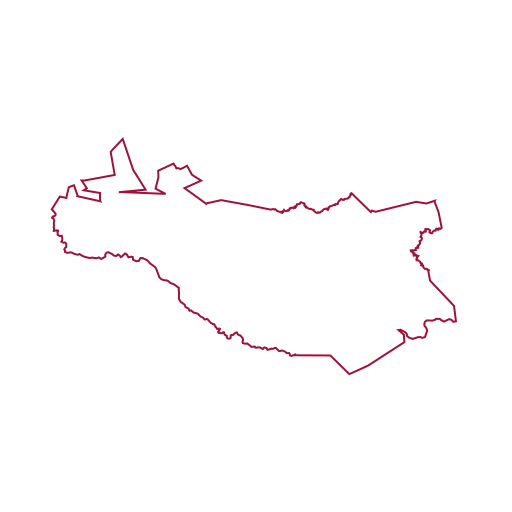 the district of Topia, Durango, Mexico, rotated 193°
{"feature_id": "50627088B76672031961414", "entity_name": "Topia", "entity_type": "district", "adm_level": 2, "iso_a3": "MEX", "parent_name": "Mexico", "parent_adm1": "Durango", "projection": "orthographic", "projection_center": [-106.735, 25.251], "detail": "fine", "context": "isolated", "style": "outline", "palette": "rose", "viewbox_px": 512, "rotation_deg": 193, "n_neighbors": 0, "source": "geoboundaries", "source_scale": "gbopen_adm2", "svg_char_len": 6051}
<svg xmlns="http://www.w3.org/2000/svg" viewBox="0 0 512 512"><g transform="rotate(193 256 256)"><path d="M177.1,338.7L177.9,337.9L177.4,336.7L177.9,336.3L178.1,334.2L178.9,334.1L179.3,332.9L179.8,332.5L182.7,331.4L182.9,330.5L184.0,330.2L184.7,330.3L185.7,330.8L186.2,330.5L186.4,329.8L187.7,327.8L188.1,326.6L188.0,325.2L188.9,324.7L190.1,324.6L190.5,324.4L190.5,323.4L192.2,322.9L193.2,322.1L194.9,321.2L195.4,320.3L196.2,319.9L195.9,318.5L196.2,317.1L196.8,317.0L197.0,317.2L196.9,317.9L198.0,318.2L198.9,317.6L199.9,317.3L201.3,315.7L201.5,314.6L202.6,314.0L203.2,313.0L203.7,312.6L204.5,312.7L204.6,312.3L205.7,312.3L205.9,311.8L206.2,311.6L207.7,312.0L209.0,312.8L209.9,313.1L210.1,313.2L210.1,313.9L210.3,314.0L211.7,313.9L213.5,314.3L214.3,313.9L215.9,314.1L216.8,314.7L217.9,314.4L218.4,314.7L218.2,315.4L218.3,315.6L219.5,315.6L220.1,315.9L220.3,316.2L220.2,317.2L220.6,318.0L221.1,318.2L222.0,317.9L224.1,318.6L224.4,318.5L224.9,317.8L224.9,317.1L225.2,316.6L227.9,315.5L227.6,314.2L229.1,313.2L228.3,312.3L228.5,311.8L229.3,311.5L229.8,311.8L230.1,311.8L230.2,311.0L231.3,311.3L233.0,310.8L232.9,310.1L234.0,309.8L234.0,308.1L234.4,307.5L235.3,307.8L235.8,307.0L236.2,307.0L236.5,306.6L237.0,306.5L238.4,306.6L239.0,307.1L239.1,306.5L239.8,306.1L239.9,305.6L239.4,304.9L240.1,303.9L240.7,303.9L240.6,304.5L241.0,304.8L243.3,304.3L245.6,304.7L246.5,305.2L246.7,305.5L247.9,305.9L248.2,305.5L248.5,305.4L249.9,305.6L252.1,304.5L275.0,303.9L302.5,302.6L315.8,296.3L316.1,295.6L340.9,306.1L326.4,317.1L336.6,320.7L343.5,328.4L349.0,323.7L351.4,324.1L352.3,324.0L353.2,323.5L353.7,323.8L354.9,325.6L356.0,326.1L356.7,327.2L357.1,327.5L370.5,317.1L368.8,310.8L369.0,299.0L358.1,296.2L401.0,288.1L404.0,287.3L378.5,295.8L395.0,312.2L412.2,340.1L419.8,327.2L421.0,324.7L411.9,303.2L440.3,290.9L442.9,290.4L436.1,284.0L438.6,281.3L422.2,282.3L420.3,274.6L420.0,274.3L443.3,274.1L443.2,274.3L449.3,284.0L453.9,280.9L453.9,269.9L460.5,269.8L465.5,255.5L464.4,255.0L463.6,254.1L462.5,253.6L461.8,252.7L460.8,252.2L460.6,250.4L461.4,249.6L462.7,248.9L463.3,247.4L462.1,247.2L460.8,245.8L460.5,244.7L460.4,242.4L459.6,240.3L459.7,238.5L459.0,237.6L458.7,235.0L456.9,235.7L456.4,236.1L454.8,236.3L454.3,235.9L454.9,234.7L454.5,234.2L454.1,232.1L451.9,231.3L449.8,232.0L448.8,229.8L448.3,228.0L448.9,226.2L446.7,225.6L445.4,226.3L443.7,225.4L442.9,222.1L443.8,221.1L444.3,219.3L443.1,218.1L443.0,217.0L440.6,216.6L437.3,217.9L436.0,217.9L434.1,217.3L431.1,217.1L429.4,217.3L428.4,218.2L425.3,217.1L422.3,216.6L417.4,216.6L415.2,217.7L413.6,217.6L410.8,218.0L408.8,219.3L406.2,218.3L402.7,221.4L403.2,223.4L402.4,225.6L400.8,226.5L396.4,225.4L394.5,224.4L392.0,224.6L390.9,226.4L389.2,226.0L388.3,225.3L387.7,224.5L386.3,225.5L385.7,226.9L384.6,228.1L384.6,228.7L383.2,229.0L381.9,228.1L380.0,226.0L377.4,227.3L375.8,227.2L374.9,224.7L371.6,224.0L369.1,224.8L368.1,228.1L365.8,228.4L361.1,227.4L358.5,225.6L356.8,224.6L351.9,222.6L350.1,220.7L345.2,213.3L343.0,212.1L340.0,211.7L337.5,212.2L335.3,211.6L333.2,210.4L329.6,210.0L323.9,207.5L323.7,205.4L322.9,203.8L321.5,197.0L319.2,194.4L314.6,192.6L313.1,190.3L309.9,189.6L308.5,187.7L307.0,188.4L304.3,186.9L299.7,186.7L296.7,184.7L293.7,184.0L291.9,182.6L291.2,182.7L289.9,183.6L289.0,183.5L285.3,180.8L284.1,180.5L282.8,179.9L281.8,180.2L281.1,179.9L281.0,179.5L279.8,178.4L279.5,177.8L278.6,177.4L277.5,176.2L276.4,176.2L275.4,176.8L275.4,177.0L274.8,176.9L274.9,175.3L275.9,173.5L275.4,172.9L274.6,172.7L271.6,173.1L270.7,174.4L270.1,174.5L269.0,172.6L268.3,172.1L266.5,171.7L266.2,170.2L265.4,169.4L264.0,169.3L263.2,169.5L262.5,170.2L262.3,170.8L262.7,172.5L262.3,173.5L260.6,173.9L260.2,174.3L260.1,174.9L258.4,176.8L257.7,177.2L257.2,177.0L256.7,176.2L255.9,175.5L254.8,175.1L253.3,175.0L250.4,172.8L249.9,171.7L249.7,170.9L249.9,169.8L249.7,168.9L249.3,168.2L247.1,168.1L245.7,168.4L245.0,168.8L241.9,167.5L240.6,166.7L240.0,166.5L239.4,166.5L237.4,167.4L236.7,167.4L236.1,166.6L235.3,166.6L233.7,167.4L231.7,167.8L228.4,166.9L228.1,167.3L227.7,168.4L227.1,168.8L225.0,168.7L224.6,168.0L223.7,167.2L221.0,168.5L220.3,169.2L219.3,169.1L218.2,169.7L217.1,170.6L216.0,170.9L212.2,168.6L211.1,168.7L210.1,169.6L208.4,169.8L206.0,169.3L204.2,168.3L203.5,168.4L202.0,168.9L201.1,168.2L200.5,166.8L199.0,166.6L196.2,168.4L196.3,167.9L161.2,175.8L138.5,161.9L122.3,174.3L92.1,205.4L94.2,212.5L100.5,215.9L98.5,216.7L93.6,215.3L92.7,214.9L91.9,214.2L91.2,213.3L91.0,212.2L88.9,211.0L84.8,210.4L80.0,213.3L77.6,214.0L75.7,213.6L73.1,215.1L72.4,221.5L73.7,224.0L75.8,225.7L76.5,226.6L76.7,228.0L76.6,229.5L76.3,230.3L75.1,231.7L69.7,232.7L67.2,234.1L66.7,235.2L62.7,236.1L61.1,235.1L58.0,234.4L53.7,237.9L51.3,237.8L48.9,236.3L46.5,237.3L51.8,251.9L80.9,271.2L84.7,280.0L84.4,281.2L84.8,281.3L85.3,281.0L85.9,281.1L86.4,281.8L87.1,281.9L88.4,281.4L90.3,282.5L91.1,284.4L92.0,284.5L92.2,284.0L93.0,284.1L92.9,284.7L92.4,285.2L92.6,286.0L93.8,285.9L94.2,286.2L94.3,286.9L94.7,287.3L95.7,287.6L96.6,288.2L97.3,288.3L97.9,288.0L98.6,288.0L98.8,288.2L99.0,289.3L98.6,290.2L99.1,290.9L98.2,291.8L97.9,292.7L98.4,292.8L99.0,292.5L99.2,292.2L100.1,292.4L100.5,293.0L100.9,292.9L102.2,291.8L102.6,292.2L102.6,292.6L102.2,293.3L101.9,293.4L102.0,294.0L103.2,293.8L103.4,294.0L103.2,294.7L103.4,295.0L105.8,295.2L106.3,295.8L106.5,296.3L101.6,297.7L102.1,299.6L101.2,300.6L100.1,300.2L99.8,300.5L99.9,301.4L100.6,302.1L100.7,302.6L99.7,303.3L98.9,305.5L100.0,307.1L99.7,307.6L99.0,308.0L98.5,308.6L98.2,310.1L98.6,311.0L100.0,311.6L99.5,312.9L99.5,313.9L100.0,314.9L101.1,316.0L101.1,316.4L98.5,316.0L98.0,316.4L97.8,317.5L97.5,318.0L97.1,318.2L96.4,317.8L96.1,317.9L96.1,318.4L97.1,320.2L97.0,320.5L96.6,320.7L95.6,320.4L94.3,321.0L92.6,320.5L92.0,319.9L92.4,318.5L92.3,318.0L90.9,317.6L89.8,317.7L89.4,318.1L89.2,319.4L88.5,320.6L86.7,321.1L86.6,321.4L86.8,322.2L86.4,323.3L85.5,323.3L84.7,322.5L84.2,322.5L83.8,323.0L83.7,324.2L82.2,324.0L81.4,325.2L88.0,339.8L94.3,349.2L94.1,350.1L101.8,345.5L112.2,344.8L149.4,326.0L153.3,326.3L153.9,324.6L177.1,338.7Z" fill="none" stroke="#9f1239" stroke-width="2"/></g></svg>